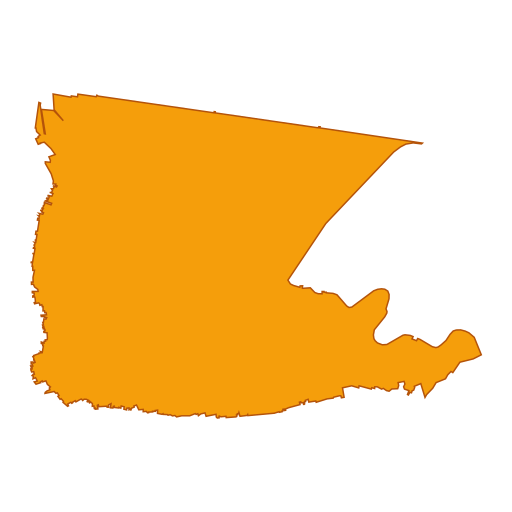 outline of Sector 2, Bucharest, Romania
{"feature_id": "2599482B90996716719963", "entity_name": "Sector 2", "entity_type": "district", "adm_level": 2, "iso_a3": "ROU", "parent_name": "Romania", "parent_adm1": "Bucharest", "projection": "robinson", "projection_center": [26.131, 44.46], "detail": "fine", "context": "isolated", "style": "filled", "palette": "amber", "viewbox_px": 512, "rotation_deg": 0, "n_neighbors": 0, "source": "geoboundaries", "source_scale": "gbopen_adm2", "svg_char_len": 5854}
<svg xmlns="http://www.w3.org/2000/svg" viewBox="0 0 512 512"><path d="M422.4,143.1L319.7,127.9L320.1,126.8L318.8,126.7L318.1,127.8L215.2,112.9L215.3,111.8L214.2,111.6L213.9,112.8L98.2,96.1L96.9,95.2L96.2,96.7L77.9,94.1L77.5,96.8L71.3,95.9L71.0,97.2L53.1,94.0L54.1,109.7L63.3,120.7L53.7,110.5L41.4,109.4L45.3,133.9L44.3,133.7L42.4,121.0L40.2,105.1L40.6,103.1L38.9,102.4L35.3,127.9L35.9,127.9L36.6,131.6L40.2,135.1L38.1,136.5L38.5,137.6L35.7,138.8L38.2,144.3L40.5,143.5L40.3,143.0L44.3,142.2L50.9,148.5L55.2,154.5L48.9,156.8L50.4,160.3L50.2,162.3L45.3,161.8L45.3,163.4L51.2,173.8L53.4,180.9L53.0,183.9L55.8,184.1L55.4,185.1L57.1,185.9L56.5,187.0L52.9,185.7L54.3,186.6L53.3,188.7L51.4,188.8L52.5,190.5L51.5,192.5L49.7,192.4L53.0,193.5L51.8,196.2L48.2,195.4L48.0,195.9L49.4,196.4L48.5,198.5L47.0,197.9L46.7,198.4L48.3,199.0L47.7,200.5L46.8,200.1L45.3,201.0L51.7,203.3L51.0,204.9L44.4,202.5L44.2,203.0L44.9,203.3L43.9,205.5L42.8,205.6L43.6,205.9L42.7,208.0L41.4,208.1L43.2,208.8L41.7,210.3L40.2,210.3L42.2,211.1L41.7,212.0L43.5,212.8L42.8,214.2L39.1,213.4L39.7,214.0L39.4,216.0L38.5,215.8L39.2,216.5L39.0,218.5L37.7,218.3L37.4,220.1L39.2,220.3L37.5,231.2L36.0,231.2L35.5,234.4L37.0,234.5L36.1,240.1L34.7,239.9L36.0,240.4L35.7,242.5L34.4,242.3L35.0,242.9L34.7,244.8L34.0,245.1L34.6,246.1L34.3,247.8L33.5,247.7L33.4,248.3L35.0,248.4L34.2,253.6L32.4,253.4L33.9,254.1L32.6,262.1L31.3,262.0L31.2,262.6L32.4,262.7L32.1,266.3L32.7,266.3L32.8,270.4L34.5,270.3L33.0,277.3L33.1,282.1L31.4,282.1L31.5,284.4L33.4,284.3L34.6,287.0L37.8,289.4L38.1,291.4L32.3,291.4L32.3,292.8L34.2,293.2L34.2,295.2L32.8,295.9L32.8,297.1L34.6,296.8L35.1,298.2L35.5,302.3L34.2,302.6L34.6,303.8L38.4,302.9L39.4,303.4L39.9,305.3L41.8,304.7L42.3,306.7L43.1,306.6L43.0,310.9L44.5,310.8L44.8,312.7L46.1,312.6L46.5,314.8L41.0,315.2L41.3,316.5L44.5,316.6L44.4,317.2L46.7,317.6L46.0,319.1L43.9,318.9L43.4,322.5L42.8,322.5L43.4,324.8L42.5,325.0L43.1,326.8L43.8,326.6L44.0,327.5L42.8,327.6L43.3,329.0L44.5,328.8L45.0,330.0L45.7,330.0L44.8,330.3L44.6,331.5L43.8,331.4L43.9,332.4L47.1,332.8L47.4,338.2L47.2,339.6L45.2,339.9L45.5,341.2L44.1,341.3L44.1,343.0L41.3,342.0L41.3,343.5L42.9,344.2L42.7,345.7L43.4,346.0L42.3,352.1L40.6,351.6L41.5,352.8L39.0,353.0L39.0,353.6L33.7,355.5L33.8,356.4L32.9,356.6L33.8,358.4L33.7,360.0L34.3,360.0L35.1,362.4L33.6,363.0L33.2,362.0L31.1,362.0L31.2,363.9L31.9,363.7L32.8,365.9L30.7,365.9L31.2,367.2L32.1,367.2L32.1,368.9L30.8,368.9L31.0,370.3L31.7,372.0L33.7,371.6L34.3,374.2L33.3,374.2L32.1,375.6L33.4,376.1L33.0,378.8L35.5,377.7L36.6,379.6L37.3,381.1L34.2,381.9L36.0,384.2L40.6,382.7L40.2,382.1L42.2,380.9L42.7,381.9L45.9,380.9L47.4,384.4L50.4,386.9L49.3,388.0L49.9,389.7L46.9,391.0L45.2,392.4L45.0,393.4L54.2,391.5L55.9,393.3L57.4,392.9L59.0,395.6L57.9,396.3L60.1,399.3L61.1,398.7L63.5,401.3L63.0,402.3L67.6,406.3L68.5,405.8L67.7,404.0L70.8,402.3L71.8,403.3L72.5,402.8L72.0,401.7L72.4,402.4L75.2,400.7L75.9,401.9L80.5,399.3L81.6,399.1L82.7,400.5L84.1,399.2L86.4,399.3L87.9,400.0L86.9,402.2L88.9,400.5L90.0,401.5L89.1,402.3L89.5,402.9L90.9,402.2L92.4,403.6L92.3,406.3L93.9,406.0L94.3,408.4L95.3,408.2L95.3,409.2L97.9,408.9L97.3,405.3L98.3,404.8L98.9,406.7L107.0,406.2L107.1,407.2L108.7,407.2L108.6,404.9L111.0,403.7L110.4,407.8L112.9,408.0L113.4,406.3L114.1,406.2L113.8,407.4L118.8,408.0L118.9,407.3L120.8,408.1L121.2,406.0L124.2,406.8L123.9,409.2L126.6,409.9L126.8,408.2L129.0,407.9L129.0,409.7L130.4,409.0L130.4,409.9L130.9,410.0L131.6,408.2L134.2,407.1L133.9,406.0L136.5,405.0L138.8,409.8L143.2,409.4L143.2,411.7L146.3,411.4L147.5,412.8L148.6,412.7L148.6,412.1L152.7,411.9L152.6,411.3L155.4,411.3L155.2,410.5L157.6,410.1L157.5,413.4L162.0,414.3L163.0,413.7L163.2,414.4L167.5,414.6L168.0,415.2L170.2,414.7L172.5,415.9L174.9,415.5L176.6,416.9L181.7,415.8L189.7,415.8L195.3,413.6L196.1,414.4L197.8,413.7L198.4,415.7L200.8,413.9L205.0,412.9L206.1,416.3L216.0,414.3L216.3,417.0L217.3,418.0L219.1,417.8L219.0,416.2L219.5,416.1L220.8,416.8L226.0,416.3L226.2,417.6L235.9,416.9L236.7,416.5L236.5,414.9L237.6,414.8L237.4,413.7L238.6,413.6L238.9,412.6L240.0,416.3L247.2,415.4L247.7,414.6L247.9,415.6L274.4,413.2L279.1,411.7L279.3,412.3L282.1,411.7L282.0,411.1L283.1,410.8L282.9,409.3L284.2,409.1L284.7,410.5L285.6,410.3L285.3,409.1L288.6,407.7L300.0,404.6L299.4,402.2L300.8,401.8L301.1,402.8L303.2,402.7L303.6,404.4L304.1,404.4L304.6,404.0L304.5,401.8L305.6,401.5L305.3,400.4L308.1,399.3L308.8,402.1L315.8,401.0L316.2,402.3L327.0,398.9L333.2,398.1L333.7,397.2L339.8,395.7L340.9,395.9L341.4,397.8L344.1,397.3L342.5,387.8L351.7,385.8L358.7,387.9L359.1,385.8L371.3,389.1L371.8,387.7L374.6,388.5L374.7,386.8L377.3,386.8L381.6,389.1L383.3,388.4L386.5,390.6L389.1,391.2L391.8,389.0L397.7,388.7L398.7,385.5L398.1,382.6L404.1,381.4L404.9,384.0L403.6,386.8L404.5,389.1L408.9,390.6L407.5,394.5L408.4,395.0L409.8,392.4L411.5,392.8L412.1,390.8L413.7,390.1L414.7,387.4L414.3,386.3L420.8,383.6L425.0,397.4L426.6,394.6L432.7,388.3L436.1,382.6L445.5,378.8L447.8,374.7L451.0,371.5L452.8,372.6L459.9,362.2L473.2,358.9L481.3,354.8L474.2,337.3L468.9,332.8L465.2,331.1L460.7,329.9L456.3,330.0L453.2,331.0L450.1,334.3L446.0,340.5L441.2,344.8L438.1,347.0L435.9,347.6L432.3,346.7L420.0,339.4L417.7,338.5L416.5,340.7L412.0,338.9L413.1,336.6L410.2,335.4L405.0,334.8L403.0,335.2L386.9,344.5L382.3,344.8L377.4,342.9L375.1,340.7L373.9,338.6L373.4,334.9L374.3,329.8L384.7,316.9L386.8,313.1L387.0,311.5L386.0,308.9L389.0,298.8L389.1,294.5L387.8,291.1L384.8,289.2L381.5,288.8L377.6,289.3L373.7,290.8L351.8,307.1L349.0,307.5L346.7,306.0L337.0,294.8L333.1,293.4L326.2,292.8L326.2,292.2L324.0,292.2L324.0,291.5L322.1,291.5L322.1,293.8L318.1,293.7L314.8,292.5L310.3,287.8L302.9,288.3L302.3,288.1L302.6,285.8L300.1,285.9L299.8,287.3L293.6,285.5L290.4,284.0L287.9,280.1L325.8,223.5L393.7,152.0L400.5,146.9L405.9,144.1L413.2,142.9L421.5,143.9L422.4,143.1Z" fill="#f59e0b" stroke="#b45309" stroke-width="1.5"/></svg>